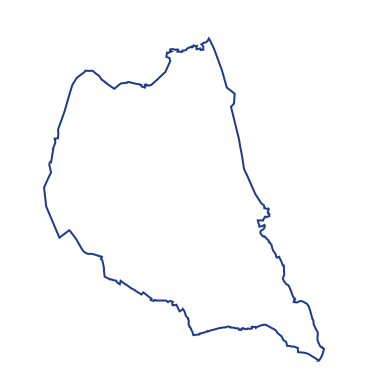 Aalten, Gelderland, Netherlands (Mercator projection), rotated 276°
{"feature_id": "6326949B6406677734864", "entity_name": "Aalten", "entity_type": "district", "adm_level": 2, "iso_a3": "NLD", "parent_name": "Netherlands", "parent_adm1": "Gelderland", "projection": "mercator", "projection_center": [6.543, 51.914], "detail": "fine", "context": "isolated", "style": "outline", "palette": "blue", "viewbox_px": 384, "rotation_deg": 276, "n_neighbors": 0, "source": "geoboundaries", "source_scale": "gbopen_adm2", "svg_char_len": 5748}
<svg xmlns="http://www.w3.org/2000/svg" viewBox="0 0 384 384"><g transform="rotate(276 192 192)"><path d="M37.7,336.0L40.2,337.3L43.0,338.4L45.3,339.0L50.0,339.6L50.6,337.7L51.3,337.4L51.2,337.2L51.2,336.8L52.1,335.6L52.9,334.9L54.3,334.3L54.7,333.9L57.1,332.6L58.8,332.1L64.3,331.9L65.5,331.7L66.5,331.1L69.3,329.0L71.0,328.2L72.8,327.0L73.6,326.7L76.7,326.2L77.8,325.6L78.3,325.0L86.0,322.1L89.7,320.4L91.9,318.9L92.8,318.0L94.6,313.9L94.8,313.0L94.9,311.7L94.7,310.6L93.3,308.3L93.1,307.7L93.1,304.9L93.2,304.6L93.6,304.5L94.3,305.3L95.3,304.9L95.7,305.0L95.9,305.2L96.1,305.9L96.3,305.9L98.3,303.5L105.3,300.1L109.0,297.9L109.8,296.7L109.9,296.1L110.4,295.1L111.0,294.7L112.9,292.8L114.9,291.5L115.2,291.4L117.2,291.7L118.9,292.4L128.6,291.0L128.7,290.8L128.5,290.0L133.0,287.7L136.7,285.3L135.7,283.8L135.6,283.3L135.8,283.0L136.9,282.3L137.8,282.2L139.3,281.4L142.0,279.0L144.9,277.5L147.6,276.7L148.7,275.5L149.7,274.9L149.9,274.6L150.0,273.8L150.2,273.6L150.6,273.5L151.8,273.3L153.1,271.3L154.1,270.7L154.3,270.4L154.4,269.8L155.1,269.0L155.4,268.9L155.5,268.3L155.1,268.1L155.4,267.3L155.7,266.7L157.2,265.1L158.2,264.3L159.9,264.2L160.6,264.6L162.0,266.4L162.9,267.0L163.3,267.6L165.2,267.9L166.4,267.9L166.9,267.3L166.0,266.4L165.5,265.6L165.2,264.6L164.6,263.1L164.6,262.5L166.7,262.1L167.2,261.9L167.6,261.5L168.5,261.2L169.3,260.8L170.7,260.4L171.1,265.7L172.7,266.0L173.5,266.7L174.7,266.9L175.1,267.2L175.2,267.3L175.1,267.9L174.9,268.6L174.9,269.1L175.5,269.9L175.9,271.1L176.3,271.4L177.8,271.3L178.4,271.1L178.7,270.9L178.8,270.6L178.6,269.9L178.8,269.7L180.3,269.4L182.1,270.1L182.6,270.2L183.1,270.1L183.6,269.4L183.2,268.7L183.1,268.4L183.2,267.2L183.6,266.5L183.4,265.7L183.6,265.5L184.0,265.7L184.9,265.6L185.2,265.2L186.0,265.0L186.3,264.8L186.8,264.2L187.4,262.9L188.0,262.3L188.0,262.1L196.5,255.2L215.6,244.3L217.2,243.1L221.1,241.1L229.7,238.9L236.1,237.1L240.7,235.6L249.1,233.3L280.8,221.9L284.4,224.5L294.2,224.2L299.5,215.7L316.3,209.0L334.2,200.2L336.3,199.2L341.8,195.8L344.9,193.9L346.4,192.7L343.9,191.7L343.5,191.4L342.2,190.0L341.6,188.0L339.8,186.0L339.3,186.8L337.6,188.1L335.6,188.2L334.7,188.4L334.4,186.7L334.1,185.7L335.6,185.2L334.4,181.6L336.5,181.3L337.6,181.5L337.5,181.3L337.6,179.8L337.9,178.1L337.5,178.0L336.8,178.1L335.8,177.0L335.8,176.8L336.5,176.3L334.6,172.8L334.1,172.1L332.7,171.4L332.2,170.4L331.6,167.7L330.6,167.8L330.5,167.4L330.2,167.0L330.3,165.9L330.1,162.9L331.2,163.3L332.1,163.3L332.1,162.0L332.0,161.4L331.7,160.9L332.0,159.0L332.1,157.8L331.6,155.5L330.0,155.3L329.6,156.9L327.8,153.8L327.8,153.4L328.1,152.7L326.1,152.4L323.6,152.5L323.0,155.5L322.8,155.5L320.0,156.7L308.4,152.9L306.1,150.7L301.3,146.7L297.1,142.9L294.1,140.2L293.2,137.4L294.3,135.1L293.8,134.2L293.1,135.2L291.9,134.5L292.1,134.1L290.9,134.0L291.4,132.4L291.5,131.7L291.9,131.2L291.6,131.0L291.7,130.8L293.0,130.6L293.1,129.4L293.5,129.3L293.9,123.9L294.3,120.9L294.7,118.3L294.7,117.4L294.4,116.4L294.2,116.5L293.9,116.0L292.5,109.8L286.5,103.9L291.5,94.9L291.7,95.1L294.6,90.1L297.1,88.1L297.8,87.4L300.0,83.6L301.7,81.3L302.2,80.1L301.9,78.8L301.9,77.6L301.6,76.4L301.6,73.4L301.2,73.4L299.6,72.1L298.7,71.1L293.8,65.7L291.4,64.4L285.9,61.8L276.2,59.9L259.3,56.9L240.2,52.3L238.8,52.6L237.6,52.5L236.2,53.0L231.3,53.0L230.9,50.3L230.4,50.3L230.3,49.8L228.5,50.6L226.6,50.9L220.6,49.3L220.6,49.5L207.4,48.8L207.8,48.4L207.0,47.8L206.1,47.4L205.0,47.2L204.2,47.2L196.8,49.8L191.3,47.8L181.0,44.4L162.4,48.5L132.7,64.9L141.1,73.9L140.2,75.1L137.7,77.4L133.3,81.6L124.0,88.2L121.5,90.5L120.3,92.6L119.6,95.0L119.6,96.3L120.0,97.2L119.7,101.3L119.1,104.0L119.1,104.7L119.0,105.2L118.8,105.2L118.3,107.9L118.5,108.0L117.9,109.3L116.8,108.7L115.9,108.4L115.0,109.8L114.2,110.1L108.8,111.9L105.3,112.7L104.8,112.6L98.7,114.0L96.9,118.6L96.5,119.5L96.8,119.6L96.8,120.0L96.1,123.1L96.0,125.5L95.9,125.7L94.1,127.2L92.7,129.8L96.2,130.3L93.1,135.6L93.2,135.8L92.6,136.9L90.0,141.5L89.6,142.2L89.4,143.0L88.1,145.9L88.1,146.1L87.7,146.4L84.8,152.4L87.1,154.1L82.5,161.3L81.8,162.8L80.2,162.2L80.0,163.1L80.0,163.3L80.0,164.6L79.6,165.3L79.9,165.6L80.4,165.7L80.7,167.0L80.6,167.9L80.3,168.0L81.3,177.1L81.4,177.5L80.0,179.6L80.6,180.3L81.1,181.3L81.3,182.1L81.3,182.5L80.7,184.3L80.3,184.0L78.6,184.1L77.7,184.2L77.4,184.6L77.2,184.9L77.2,185.0L77.7,185.8L77.6,186.0L77.7,186.9L77.6,187.2L78.2,188.3L72.0,192.1L74.4,195.1L74.2,195.4L74.4,195.4L73.1,196.6L70.6,197.9L68.3,198.7L67.3,199.7L65.8,201.6L64.9,201.3L64.4,201.8L62.9,202.4L60.5,202.3L60.1,202.6L59.3,202.7L58.7,203.2L57.8,203.4L57.2,204.0L57.3,204.3L56.3,205.1L54.0,206.2L53.2,206.9L52.4,207.4L51.0,207.6L50.3,207.9L49.7,208.6L50.1,209.3L51.0,213.7L51.2,214.3L51.9,214.2L53.3,218.2L53.9,219.8L55.3,221.8L54.8,222.3L55.8,223.9L59.2,232.7L59.5,233.2L60.0,235.5L60.5,236.9L60.7,238.8L60.9,239.0L61.1,240.3L61.9,241.3L62.0,243.2L61.8,243.9L61.8,244.0L61.3,244.0L61.4,247.5L61.2,248.7L61.0,250.7L61.3,252.2L60.5,252.8L59.9,253.0L59.9,253.6L60.0,253.8L60.5,254.3L60.4,255.0L59.9,255.2L59.8,255.4L60.5,255.9L61.2,255.9L61.7,256.1L61.8,257.6L61.6,257.6L61.4,257.8L61.2,259.2L61.4,260.9L61.5,260.9L61.6,261.3L62.2,261.9L61.9,262.6L61.9,263.0L62.2,265.1L62.3,265.2L62.6,265.9L63.4,265.8L64.0,265.5L64.2,266.0L64.5,266.4L64.2,267.2L64.2,268.0L64.4,268.5L64.5,268.9L63.4,269.7L63.6,270.0L64.2,270.2L64.6,270.9L66.1,273.7L66.9,275.4L67.0,276.4L67.3,276.5L67.7,278.4L67.5,278.8L67.4,280.1L65.1,285.3L64.2,287.9L63.1,289.8L62.1,290.7L60.5,292.0L57.8,296.2L57.2,296.6L54.3,298.3L52.9,301.1L52.6,301.4L49.0,302.6L49.0,305.7L48.8,306.8L48.7,307.2L49.0,309.6L48.8,310.5L48.4,311.5L48.2,311.8L48.3,312.0L48.1,313.4L43.8,314.3L43.9,320.6L43.8,321.4L43.3,324.1L42.7,325.4L38.0,335.3L37.6,335.1L37.8,335.7L37.7,336.0Z" fill="none" stroke="#1e3a8a" stroke-width="2"/></g></svg>